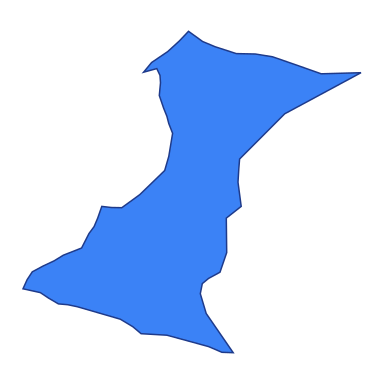 the district of Tenente Laurentino Cruz, Rio Grande do Norte, Brazil
{"feature_id": "56859067B82553548665211", "entity_name": "Tenente Laurentino Cruz", "entity_type": "district", "adm_level": 2, "iso_a3": "BRA", "parent_name": "Brazil", "parent_adm1": "Rio Grande do Norte", "projection": "orthographic", "projection_center": [-36.73, -6.158], "detail": "fine", "context": "isolated", "style": "filled", "palette": "blue", "viewbox_px": 384, "rotation_deg": 0, "n_neighbors": 0, "source": "geoboundaries", "source_scale": "gbopen_adm2", "svg_char_len": 855}
<svg xmlns="http://www.w3.org/2000/svg" viewBox="0 0 384 384"><path d="M233.2,352.7L206.2,313.5L200.3,293.7L202.3,283.6L208.6,278.4L220.0,272.2L226.7,252.6L226.3,218.1L241.2,206.4L238.0,182.2L238.8,168.8L239.6,159.0L284.7,113.8L361.0,72.7L321.2,73.8L296.3,65.0L272.6,56.8L255.3,54.0L236.3,53.6L215.0,46.7L202.6,41.5L188.5,31.3L179.3,41.0L167.7,51.6L160.0,56.8L151.6,62.5L143.6,72.2L156.8,68.6L160.0,75.4L160.5,82.8L159.3,95.5L163.6,108.1L166.9,116.3L168.8,123.6L172.6,133.3L168.8,156.3L164.7,170.5L139.8,194.6L121.8,207.7L111.3,207.5L101.8,206.4L97.7,218.1L94.1,226.6L89.0,233.5L81.6,248.0L63.3,255.2L54.0,260.9L43.5,265.8L32.3,271.8L27.1,279.7L23.0,288.8L40.3,292.6L48.7,298.2L58.4,303.9L67.7,304.7L77.2,306.7L120.3,319.2L132.8,326.7L141.1,333.7L166.9,335.2L208.6,346.6L221.9,352.3L233.2,352.7Z" fill="#3b82f6" stroke="#1e3a8a" stroke-width="1.5"/></svg>